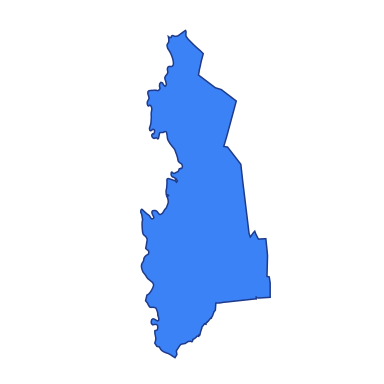 outline of Ape, Apes, Latvia, rotated 260°
{"feature_id": "27541924B31450842752545", "entity_name": "Ape", "entity_type": "district", "adm_level": 2, "iso_a3": "LVA", "parent_name": "Latvia", "parent_adm1": "Apes", "projection": "natural_earth1", "projection_center": [26.703, 57.539], "detail": "fine", "context": "isolated", "style": "filled", "palette": "blue", "viewbox_px": 384, "rotation_deg": 260, "n_neighbors": 0, "source": "geoboundaries", "source_scale": "gbopen_adm2", "svg_char_len": 5935}
<svg xmlns="http://www.w3.org/2000/svg" viewBox="0 0 384 384"><g transform="rotate(260 192 192)"><path d="M344.2,214.2L344.6,214.0L345.8,213.5L346.5,213.2L347.5,213.2L348.5,213.4L349.8,213.7L350.4,213.9L351.5,213.9L352.2,213.7L352.0,213.0L348.2,205.2L348.1,203.2L348.4,201.9L349.3,200.5L349.5,199.6L349.1,198.9L347.8,198.2L347.9,196.9L349.2,195.7L346.7,195.7L343.9,195.2L341.5,193.1L340.1,192.8L337.6,193.0L335.1,194.1L332.2,195.1L328.5,195.9L325.8,196.2L323.4,196.2L321.7,196.0L320.3,195.5L319.4,194.5L319.1,193.5L319.6,191.8L319.5,190.5L318.8,189.7L317.2,189.0L314.1,189.0L312.4,187.9L310.7,185.9L309.1,185.0L307.6,185.0L305.8,185.3L303.0,185.5L302.2,185.3L301.2,184.6L300.8,183.9L301.1,183.5L302.7,182.5L304.6,181.9L305.4,180.4L304.2,179.0L301.9,178.3L299.5,178.5L298.2,177.2L297.9,176.8L297.8,176.3L297.8,175.9L298.0,175.1L298.4,174.5L298.9,172.0L298.8,171.2L299.0,170.6L299.1,170.0L299.2,168.0L299.2,167.2L299.0,166.7L298.7,166.4L298.2,165.9L297.1,165.7L296.2,165.6L294.8,165.8L292.8,166.0L292.2,166.0L291.6,165.9L290.8,165.3L290.1,164.9L289.4,164.2L288.4,163.6L287.5,163.4L286.6,163.2L285.7,163.3L284.7,163.6L284.3,163.9L284.2,164.1L284.8,165.6L284.7,165.9L284.4,166.2L283.9,166.4L283.0,166.7L282.0,166.9L280.9,166.8L280.2,166.7L279.6,166.5L279.1,166.3L276.7,165.5L275.7,165.3L274.8,165.2L272.7,164.9L271.4,164.6L270.3,164.3L269.0,164.0L268.1,163.8L265.7,163.0L263.7,162.0L262.7,161.4L262.1,161.2L261.4,161.1L260.9,161.1L260.1,161.2L259.8,161.3L259.6,161.5L259.5,161.8L259.6,162.8L260.2,163.6L260.6,164.5L260.0,165.4L259.2,165.8L258.4,165.7L257.2,165.3L256.0,164.5L255.8,164.2L256.2,163.4L255.8,162.9L255.2,162.3L254.8,162.2L254.3,162.2L253.7,162.2L252.5,162.6L251.5,163.6L251.3,164.1L251.4,164.5L251.4,164.9L251.4,165.2L251.7,165.8L251.7,166.1L251.6,166.4L251.3,166.7L250.8,167.1L250.4,167.2L250.3,167.5L250.3,167.9L250.8,168.4L252.4,169.0L253.2,169.3L254.1,169.7L254.9,170.0L255.4,170.2L255.9,170.6L256.0,171.2L256.0,171.8L255.9,172.4L255.7,173.1L255.6,173.8L255.9,175.0L256.2,175.3L256.3,175.9L256.2,176.3L256.0,176.7L255.5,177.1L254.8,177.3L253.9,177.3L252.1,177.3L250.2,177.2L249.2,177.1L248.3,177.2L247.5,177.3L246.6,177.6L243.9,178.6L242.3,179.4L241.4,179.9L239.8,180.7L237.9,181.9L236.1,182.5L233.5,182.9L231.8,183.3L228.3,183.7L226.4,183.7L225.0,183.8L224.5,183.9L224.0,184.2L222.7,185.2L221.7,186.4L220.9,186.8L219.9,187.0L219.0,187.0L218.1,186.7L217.3,186.3L217.2,185.9L217.0,185.6L216.9,185.2L217.3,184.9L217.1,184.2L217.1,183.6L216.6,183.2L216.0,182.9L215.4,182.6L215.0,182.1L214.6,181.7L214.4,181.3L214.2,180.3L214.0,179.6L213.6,178.6L213.4,177.7L213.5,177.2L213.8,176.7L214.7,176.1L215.0,175.8L215.1,175.3L214.8,175.0L214.4,174.8L213.1,174.5L212.3,174.5L211.6,174.6L210.8,175.0L210.1,175.6L209.6,176.6L208.9,177.5L208.4,177.8L207.7,177.9L207.9,178.5L205.4,179.6L204.3,178.4L205.4,177.8L206.2,177.5L206.0,177.3L206.5,176.3L208.4,173.0L209.4,170.9L209.2,169.9L208.3,169.4L205.0,168.9L200.6,167.8L199.6,167.4L197.5,166.6L194.1,166.2L193.8,166.3L193.6,167.5L192.7,168.3L192.1,167.4L192.2,166.4L190.5,166.9L188.2,167.1L185.8,166.8L183.2,165.4L180.8,163.9L179.5,162.1L178.3,161.1L176.3,159.3L175.6,157.9L175.3,156.9L175.6,156.0L176.1,155.7L177.2,155.1L179.0,154.1L179.9,153.2L180.4,151.6L180.4,150.2L180.2,149.7L179.6,149.2L178.7,148.9L177.5,149.0L176.0,149.4L174.6,149.8L173.6,150.0L173.1,149.8L172.6,149.1L172.4,148.4L172.6,147.6L173.8,146.8L176.0,146.0L177.3,144.8L178.7,143.5L181.4,141.4L183.5,139.9L183.7,139.3L183.3,138.8L182.4,138.3L181.0,138.0L179.0,138.5L177.4,138.6L175.4,138.5L173.6,138.6L170.4,137.5L167.6,137.0L164.1,136.6L161.1,136.4L159.4,136.5L158.3,136.9L156.9,138.1L155.5,139.0L153.7,139.6L152.4,139.5L150.4,138.7L147.3,137.7L144.6,136.6L144.0,136.9L143.2,137.5L142.2,138.6L141.2,139.0L139.9,138.9L138.6,138.4L138.3,137.9L137.6,136.1L136.8,134.8L136.0,133.9L135.0,133.1L134.2,132.9L132.9,132.4L131.8,131.8L130.8,130.7L129.3,129.8L127.9,129.3L125.7,129.2L123.3,129.5L121.4,130.0L118.5,131.6L116.5,132.4L114.5,133.3L112.6,135.0L110.9,136.4L109.8,137.4L108.1,138.0L106.9,138.0L105.0,137.1L102.8,135.5L101.5,134.4L100.1,133.0L98.9,131.4L98.3,129.7L96.2,128.8L94.6,128.1L93.3,127.5L92.9,127.4L91.7,128.1L90.2,128.9L87.9,129.5L87.3,129.9L86.5,130.1L85.7,130.8L85.4,132.2L85.3,133.4L84.6,135.4L84.0,136.2L83.3,136.5L80.3,137.1L78.3,137.2L76.6,136.9L74.0,137.3L72.0,137.1L71.3,136.6L71.0,135.7L71.5,134.9L72.7,133.7L73.7,132.2L73.9,131.4L73.2,130.1L71.9,129.5L70.2,129.1L68.7,129.6L68.0,130.2L68.0,131.0L68.1,132.4L67.9,133.6L67.2,134.5L66.5,134.9L65.3,134.9L63.6,134.5L62.5,134.0L62.1,133.4L61.9,132.6L62.0,131.6L61.8,131.3L60.8,131.1L58.9,130.9L56.0,131.0L53.8,130.9L51.7,130.2L49.7,129.1L46.1,130.6L45.0,133.0L42.5,133.8L40.8,135.0L39.7,136.2L38.0,138.7L37.1,140.5L35.3,142.8L34.0,144.0L31.8,146.5L34.6,148.9L38.3,149.0L43.2,153.6L44.0,155.1L44.0,159.1L44.7,160.5L45.4,162.3L45.2,164.9L44.6,165.7L44.5,165.9L45.5,166.9L46.6,167.2L47.2,169.1L48.4,171.1L49.1,171.7L49.0,172.9L48.7,173.4L50.0,174.0L49.5,174.6L50.4,175.2L51.8,175.7L55.2,177.4L55.8,177.9L56.6,178.0L57.2,178.4L60.1,181.4L60.1,181.8L59.7,182.0L59.8,182.4L59.7,182.6L59.4,182.6L59.3,182.8L60.5,183.1L60.7,183.5L60.9,184.0L61.0,184.3L61.2,184.5L61.7,184.6L61.7,184.8L61.7,185.1L61.8,185.4L61.9,185.5L62.2,185.7L62.5,186.1L64.7,188.7L64.8,188.8L64.4,189.2L64.5,189.3L64.9,189.4L66.8,190.9L69.6,192.5L69.9,192.6L71.6,194.5L78.5,196.2L77.9,200.1L77.9,204.3L77.7,206.1L75.7,236.2L75.5,236.5L77.3,237.0L76.5,237.7L76.0,239.3L75.7,241.9L74.7,250.7L88.9,253.2L95.0,253.3L95.9,251.2L100.8,252.2L116.1,255.3L121.6,255.8L133.2,256.6L134.1,249.2L139.7,247.5L142.5,247.0L141.0,245.1L138.6,242.7L137.6,241.6L141.3,241.0L195.0,243.9L210.8,244.9L230.1,234.8L230.6,233.3L231.4,231.2L240.8,235.9L273.9,251.4L287.8,238.6L290.6,233.1L306.1,218.7L309.6,220.0L311.9,220.8L313.7,221.6L315.4,222.3L317.7,223.2L319.6,224.0L324.5,226.3L326.3,227.1L330.0,224.5L332.9,222.1L336.7,219.2L342.8,215.0L344.2,214.2Z" fill="#3b82f6" stroke="#1e3a8a" stroke-width="1.5"/></g></svg>